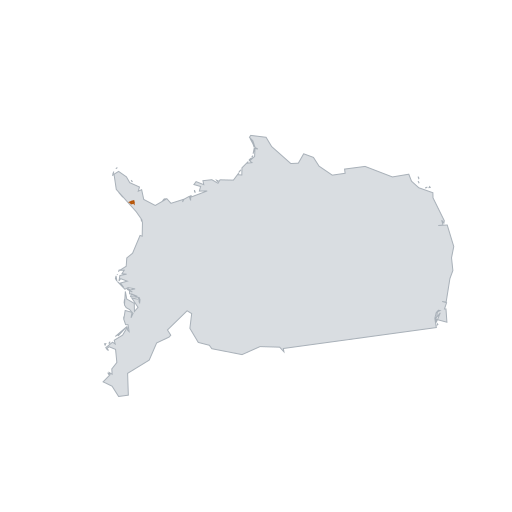 Seminole, Florida, United States of America (highlighted), rotated 158°
{"feature_id": "52423323B18457012552494", "entity_name": "Seminole", "entity_type": "district", "adm_level": 2, "iso_a3": "USA", "parent_name": "United States of America", "parent_adm1": "Florida", "projection": "orthographic", "projection_center": [-81.235, 28.745], "detail": "fine", "context": "in_parent", "style": "filled", "palette": "amber", "viewbox_px": 512, "rotation_deg": 158, "n_neighbors": 0, "source": "geoboundaries", "source_scale": "gbopen_adm2", "svg_char_len": 4211}
<svg xmlns="http://www.w3.org/2000/svg" viewBox="0 0 512 512"><g transform="rotate(158 256 256)"><path d="M394.0,199.5L419.0,195.3L426.5,174.8L436.0,177.2L438.2,189.2L444.9,196.6L435.8,200.6L435.7,202.9L433.7,200.3L432.0,205.3L424.9,209.4L421.2,222.0L426.2,226.9L429.0,226.0L428.0,223.7L429.0,224.7L429.6,227.3L421.3,229.8L419.5,227.1L419.0,231.0L409.3,232.6L402.2,238.0L402.8,235.1L402.0,233.4L400.4,240.2L402.6,241.2L402.3,246.9L397.7,254.5L392.1,250.2L395.0,245.5L391.5,248.8L393.3,253.8L395.7,256.7L396.3,259.9L390.4,272.1L392.0,264.5L386.6,257.7L389.5,250.1L384.6,252.6L386.9,263.5L381.8,260.3L380.1,260.8L381.6,257.3L381.4,256.2L379.9,259.0L379.9,261.3L387.5,265.3L385.9,267.3L382.4,263.6L381.1,263.0L385.5,267.4L387.4,268.3L386.4,271.1L384.1,269.0L387.8,273.1L387.0,273.7L385.1,271.6L380.4,270.8L386.4,274.6L390.0,274.3L394.1,284.3L390.5,276.7L391.8,281.7L384.8,280.9L390.0,285.7L392.4,284.2L389.5,288.9L382.8,287.6L386.9,289.8L383.5,292.2L387.7,293.8L380.2,295.1L376.5,302.6L369.4,304.8L355.8,318.5L354.1,317.0L348.8,329.4L348.3,332.5L350.5,342.0L360.6,370.1L357.0,385.0L351.7,385.9L346.5,377.9L345.6,371.3L338.2,363.6L340.9,360.2L337.2,360.3L338.9,350.5L330.5,340.6L317.2,342.5L315.1,336.7L302.2,335.7L303.9,333.6L301.5,335.6L295.6,336.3L295.8,332.0L294.6,335.0L276.9,334.6L284.2,337.4L281.3,341.2L286.8,345.5L283.7,347.4L277.7,341.7L277.0,345.7L268.4,343.3L264.0,337.7L260.8,340.1L248.5,334.8L240.6,339.6L242.6,338.3L238.8,336.4L236.0,343.0L227.8,346.5L229.7,345.4L224.8,344.1L226.2,346.6L220.0,348.8L216.7,356.1L214.2,354.5L216.2,356.9L215.8,364.0L217.6,368.5L215.7,369.8L202.2,362.3L200.5,351.6L189.1,328.7L182.0,326.2L173.5,332.9L165.8,325.9L163.9,315.7L155.0,302.4L142.4,299.3L141.3,303.4L121.3,298.2L99.9,278.2L83.7,274.6L83.8,267.1L79.5,258.3L68.3,248.4L70.1,243.6L68.2,218.2L69.5,216.1L70.4,219.7L71.0,214.6L75.6,216.0L67.1,213.1L69.1,190.7L75.4,181.1L78.9,168.8L84.7,162.4L97.0,142.0L100.4,144.1L96.8,141.3L101.1,136.3L99.7,135.7L103.8,123.1L111.6,129.0L106.4,134.3L111.8,131.2L108.7,136.2L105.8,136.5L107.2,137.4L110.1,136.0L113.6,131.1L115.6,122.1L265.3,160.0L266.0,156.7L268.2,162.6L286.2,170.5L305.9,169.8L331.7,186.6L332.7,190.7L341.9,197.5L344.4,213.7L337.2,226.7L340.4,231.0L365.8,220.6L364.7,214.5L366.9,213.4L380.7,212.6L394.0,199.5ZM412.5,235.1L416.6,234.1L402.0,239.0L413.9,233.5L412.5,235.1ZM113.5,127.3L112.8,131.0L112.5,131.5L112.2,128.4L113.5,127.3ZM217.5,367.3L216.4,360.9L217.0,357.4L216.8,361.1L217.5,367.3ZM436.9,201.0L437.1,202.8L436.4,202.5L436.9,201.0ZM263.9,339.6L264.2,341.1L262.9,339.8L263.9,339.6ZM71.3,255.7L73.1,255.5L73.1,255.8L71.3,255.7ZM69.9,254.6L69.0,255.3L68.8,254.3L69.9,254.6ZM425.2,229.7L424.2,231.0L423.8,230.8L425.2,229.7ZM218.5,354.3L217.1,356.9L220.4,351.9L218.5,354.3ZM357.6,360.8L359.5,366.4L357.3,360.3L357.6,360.8ZM77.5,263.0L77.7,264.7L77.4,263.1L77.5,263.0ZM357.9,385.8L356.2,387.6L358.9,383.9L357.9,385.8ZM394.8,287.8L393.2,290.0L394.4,284.8L394.8,287.8ZM113.7,124.2L113.2,125.1L113.0,124.4L113.7,124.2ZM226.2,347.8L223.3,348.7L226.3,347.4L226.2,347.8ZM429.3,229.9L429.3,231.3L428.1,231.0L429.3,229.9ZM76.1,266.9L76.0,268.9L75.8,267.1L76.1,266.9ZM222.5,349.6L221.2,350.2L222.4,349.2L222.5,349.6ZM395.7,262.2L394.1,265.2L395.9,261.1L395.7,262.2ZM239.6,340.7L237.7,341.6L240.5,340.0L239.6,340.7ZM349.1,330.9L348.8,333.2L348.6,331.6L349.1,330.9ZM388.3,294.1L387.7,294.6L389.4,292.8L388.3,294.1ZM322.0,342.2L319.7,343.3L318.8,343.0L322.0,342.2ZM294.8,335.9L294.4,336.3L293.1,336.1L294.8,335.9ZM343.1,371.5L343.4,373.1L342.7,371.1L343.1,371.5ZM288.9,338.7L288.4,340.2L288.5,337.5L288.9,338.7ZM352.7,389.7L351.4,389.9L353.2,389.4L352.7,389.7ZM402.0,247.9L401.3,249.4L402.1,247.3L402.0,247.9ZM391.9,290.5L391.2,291.0L391.9,290.5Z" fill="#d9dde1" stroke="#a8b0b8" stroke-width="1"/><path d="M349.1,351.5L349.1,352.0L348.9,352.2L348.8,352.6L348.8,352.9L349.1,352.9L349.8,352.9L349.8,353.0L350.2,353.2L350.5,353.2L351.5,353.1L352.7,353.1L352.5,352.9L352.5,352.6L352.4,352.6L352.4,352.4L352.3,352.2L352.0,351.8L352.1,351.6L352.0,351.3L351.7,351.2L351.4,351.5L351.1,351.5L351.0,351.4L350.9,351.4L350.7,351.1L350.3,351.1L349.9,351.1L349.6,350.9L349.5,350.6L349.4,350.9L349.1,351.1L349.1,351.5Z" fill="#f59e0b" stroke="#b45309" stroke-width="1.5"/></g></svg>